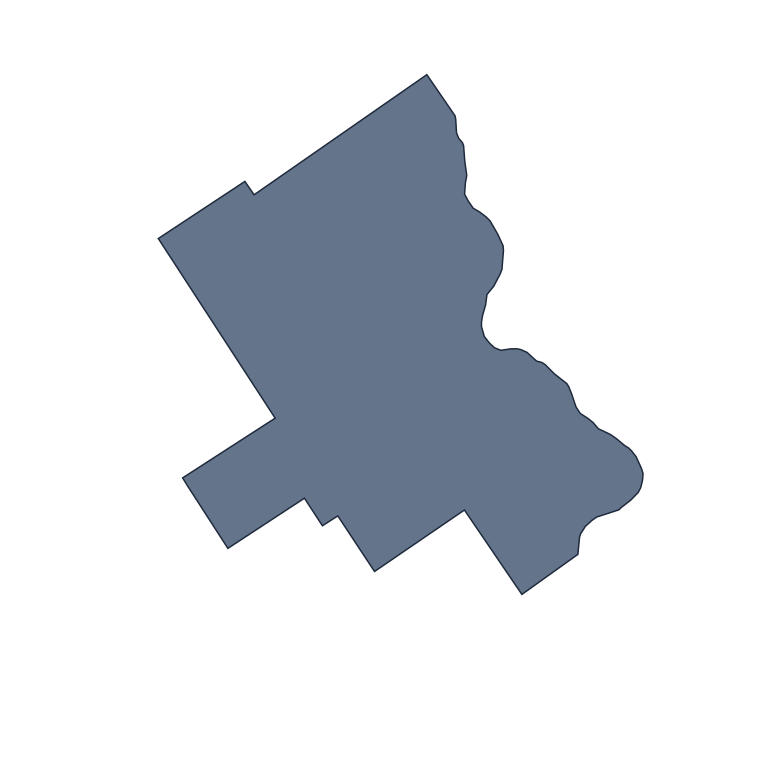 outline of Gallia, Ohio, United States of America, rotated 322°
{"feature_id": "52423323B24958589312778", "entity_name": "Gallia", "entity_type": "district", "adm_level": 2, "iso_a3": "USA", "parent_name": "United States of America", "parent_adm1": "Ohio", "projection": "robinson", "projection_center": [-82.227, 38.809], "detail": "fine", "context": "isolated", "style": "filled", "palette": "slate", "viewbox_px": 768, "rotation_deg": 322, "n_neighbors": 0, "source": "geoboundaries", "source_scale": "gbopen_adm2", "svg_char_len": 1167}
<svg xmlns="http://www.w3.org/2000/svg" viewBox="0 0 768 768"><g transform="rotate(322 384 384)"><path d="M166.4,344.0L159.8,417.4L251.0,425.0L248.2,457.8L266.4,459.5L261.1,525.9L369.8,532.8L363.1,634.7L431.9,637.6L443.7,625.2L446.3,623.3L454.9,620.2L463.8,619.5L469.8,619.8L491.7,627.8L494.7,627.4L507.4,627.4L517.8,625.9L522.5,623.7L528.7,618.8L533.1,613.9L535.0,608.6L537.9,596.5L537.9,589.0L537.3,584.8L535.8,580.9L533.5,570.2L531.4,563.3L525.4,551.3L525.0,543.2L523.5,536.6L520.5,528.0L521.2,520.2L525.9,506.9L527.9,499.9L528.3,496.2L526.3,488.2L524.5,480.8L522.9,467.8L521.6,464.1L518.3,459.8L516.2,447.2L513.1,441.3L510.7,438.3L505.5,434.3L496.8,429.4L493.3,423.3L492.3,416.5L492.3,408.3L496.2,398.7L498.8,395.4L503.6,390.9L512.8,384.2L520.2,376.9L531.0,374.4L543.5,368.7L547.5,366.3L560.3,352.4L562.9,348.5L565.8,336.3L568.0,321.0L567.3,315.0L566.3,311.3L565.3,307.5L562.5,300.3L563.1,291.1L564.4,284.0L572.1,275.5L577.6,270.6L584.8,258.2L593.4,245.3L594.4,242.2L594.1,236.5L595.8,230.7L603.6,219.4L605.1,216.4L608.2,166.6L398.1,154.9L399.1,138.7L295.7,130.4L277.2,343.9L167.5,334.0L166.4,344.0Z" fill="#64748b" stroke="#1e293b" stroke-width="1.5"/></g></svg>